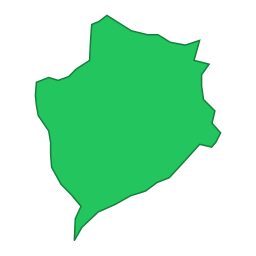 the district of Akaki, Nicosia, Cyprus
{"feature_id": "46923920B34645975102782", "entity_name": "Akaki", "entity_type": "district", "adm_level": 2, "iso_a3": "CYP", "parent_name": "Cyprus", "parent_adm1": "Nicosia", "projection": "orthographic", "projection_center": [33.13, 35.134], "detail": "fine", "context": "isolated", "style": "filled", "palette": "green", "viewbox_px": 256, "rotation_deg": 0, "n_neighbors": 0, "source": "geoboundaries", "source_scale": "gbopen_adm2", "svg_char_len": 673}
<svg xmlns="http://www.w3.org/2000/svg" viewBox="0 0 256 256"><path d="M91.7,24.5L90.5,41.3L89.6,60.4L76.3,69.0L68.7,76.6L58.2,80.4L48.7,77.5L36.4,82.3L35.4,95.7L36.4,105.2L38.3,115.7L48.7,130.9L50.6,142.4L50.6,153.8L51.6,167.2L61.1,184.4L71.5,194.9L81.0,206.3L75.3,218.7L74.3,240.6L81.9,227.3L98.1,212.0L115.2,204.4L130.4,195.8L145.6,191.0L157.0,182.5L169.3,177.7L180.7,165.3L190.2,154.8L199.7,144.3L211.6,147.1L215.8,142.4L220.6,132.8L212.0,123.3L214.9,110.9L203.5,99.5L201.6,86.1L201.6,74.7L209.1,64.2L194.0,60.4L199.6,40.4L185.4,45.1L170.2,42.3L157.9,34.7L147.4,34.7L131.3,30.8L106.9,15.4L99.0,21.5L91.7,24.5Z" fill="#22c55e" stroke="#15803d" stroke-width="1.5"/></svg>